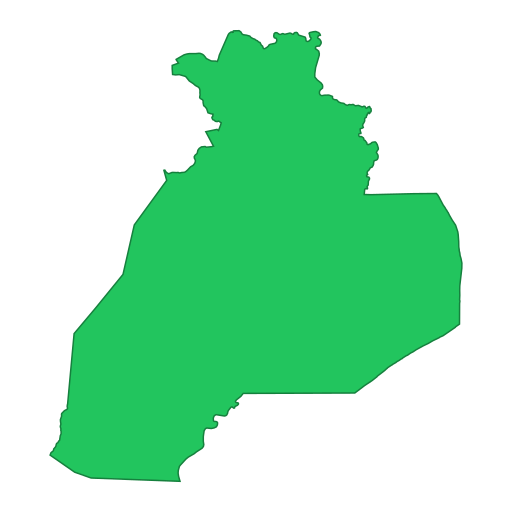 Manhiça, Maputo, Mozambique (orthographic projection)
{"feature_id": "85939544B91620585279817", "entity_name": "Manhiça", "entity_type": "district", "adm_level": 2, "iso_a3": "MOZ", "parent_name": "Mozambique", "parent_adm1": "Maputo", "projection": "orthographic", "projection_center": [32.812, -25.289], "detail": "fine", "context": "isolated", "style": "filled", "palette": "green", "viewbox_px": 512, "rotation_deg": 0, "n_neighbors": 0, "source": "geoboundaries", "source_scale": "gbopen_adm2", "svg_char_len": 5918}
<svg xmlns="http://www.w3.org/2000/svg" viewBox="0 0 512 512"><path d="M320.4,35.2L319.7,33.7L318.6,32.6L315.8,31.5L313.5,31.7L310.0,32.5L309.4,32.8L309.1,33.4L309.7,35.2L310.0,37.0L311.0,37.9L310.9,39.0L310.0,40.1L308.6,41.3L307.3,41.5L306.2,41.0L306.0,40.5L305.7,38.2L305.1,37.1L298.7,35.1L297.3,32.8L296.4,32.4L294.8,32.6L293.9,33.3L293.5,34.2L292.8,34.3L290.7,33.2L289.7,33.1L284.8,34.3L282.9,33.6L282.2,33.7L280.7,34.4L279.8,34.4L279.1,34.2L276.9,32.7L275.2,32.7L274.1,33.7L273.7,36.0L274.2,37.6L274.6,37.9L276.1,38.3L276.7,39.5L276.8,40.4L276.4,41.8L275.9,42.6L275.0,43.3L270.0,44.4L268.9,45.1L268.4,46.1L267.0,47.3L264.9,48.6L264.2,48.7L263.6,48.5L263.2,48.0L262.6,46.2L261.3,45.1L260.0,42.5L258.5,41.9L257.4,40.8L255.7,40.0L254.8,39.2L253.0,38.6L250.9,37.4L249.8,36.1L246.6,35.2L243.2,34.7L241.9,33.8L240.9,32.0L239.1,30.7L233.7,30.8L233.1,31.2L232.8,31.6L233.0,32.3L232.3,32.4L231.4,31.9L231.0,32.0L229.1,33.4L228.3,34.5L219.3,55.1L218.5,58.4L217.3,61.5L215.8,61.1L211.5,61.0L210.0,60.4L206.3,58.5L205.4,57.2L203.7,55.2L202.5,54.3L200.3,53.4L198.9,53.3L195.7,53.6L189.4,53.6L186.9,54.0L184.1,54.8L176.1,59.4L176.1,59.6L178.5,63.1L172.2,65.4L172.2,68.7L172.6,74.5L175.6,74.9L179.3,74.6L185.4,76.4L186.1,77.0L189.3,81.0L193.1,83.5L195.4,85.5L198.2,87.0L199.1,87.8L199.7,89.1L200.0,90.6L199.9,92.8L200.1,95.0L199.8,96.2L199.7,97.6L200.3,98.5L202.4,99.7L203.1,100.7L203.1,102.7L203.7,105.7L204.9,106.5L205.7,107.7L206.5,108.3L208.0,112.8L210.7,113.7L213.0,114.2L212.7,116.6L211.9,117.2L212.0,118.0L212.6,119.3L213.0,119.8L214.0,120.1L215.4,121.3L217.1,121.6L218.7,121.1L221.0,122.7L221.2,122.8L220.5,125.3L218.5,130.5L217.0,129.4L205.8,131.7L213.5,146.2L211.4,146.7L206.3,147.2L205.1,146.5L201.4,146.9L199.2,148.4L197.9,150.2L197.1,153.5L195.1,155.2L194.2,156.8L194.4,158.3L195.0,159.3L195.4,160.6L195.2,162.1L194.6,163.5L193.2,165.3L190.6,166.8L187.5,170.1L185.9,171.5L184.5,172.3L181.6,172.5L180.1,172.9L179.2,172.9L178.0,172.4L177.0,172.6L172.7,172.4L171.9,172.5L169.4,173.5L168.5,173.7L166.8,172.7L165.9,171.8L164.8,170.1L163.9,170.3L166.7,180.4L134.3,224.9L123.0,274.4L95.8,307.8L74.1,333.6L67.6,404.2L67.4,404.6L67.2,406.1L67.2,406.9L67.5,407.8L67.5,408.5L67.3,408.9L66.7,409.5L64.4,410.7L61.8,413.4L61.5,414.1L61.6,416.2L60.4,419.7L60.5,421.5L60.9,424.1L60.4,425.8L60.3,426.8L60.9,428.7L60.8,430.5L61.1,431.3L61.1,433.8L60.3,435.7L59.6,440.3L58.6,441.2L57.9,442.7L56.7,443.4L56.3,444.2L56.0,445.7L55.5,446.9L53.7,449.0L53.5,450.4L53.2,450.9L51.0,452.7L50.1,455.1L74.7,472.2L91.1,478.0L180.0,481.3L178.6,476.4L178.1,473.1L178.3,470.4L179.4,466.4L180.2,465.3L185.9,459.1L188.3,457.1L194.2,453.7L196.4,451.9L202.0,448.3L202.8,447.3L203.4,446.5L203.8,444.6L203.3,441.3L203.3,436.7L203.5,435.1L204.1,430.9L205.0,429.3L205.5,428.6L206.8,428.0L211.3,428.5L214.2,427.9L216.4,426.8L217.4,424.9L217.6,422.9L217.1,422.0L216.0,421.5L214.3,421.4L213.7,421.1L213.4,420.4L213.3,418.0L214.1,416.0L215.6,414.8L216.4,414.7L224.4,416.0L225.7,415.7L226.7,415.0L227.6,413.2L227.8,411.7L228.5,410.3L230.7,407.5L231.4,407.0L232.3,407.0L233.6,408.1L234.5,408.0L234.8,406.9L235.2,406.4L237.4,405.3L238.1,404.6L238.5,403.9L238.3,403.1L237.7,402.8L236.4,402.6L235.8,402.3L235.5,401.7L235.5,401.1L236.4,399.9L240.9,396.3L243.2,393.4L354.8,393.0L364.7,385.5L372.2,380.5L377.0,376.7L377.4,376.1L384.7,370.5L386.7,368.6L387.1,368.4L387.5,367.8L391.4,365.2L392.0,365.0L392.4,364.5L396.1,362.4L396.3,362.0L399.0,360.5L401.3,358.9L402.0,358.7L402.4,358.2L405.9,355.9L407.7,355.1L410.5,353.1L413.1,351.8L416.2,349.7L423.1,345.9L428.5,343.3L432.9,340.7L439.3,337.6L439.7,337.2L443.1,335.7L455.3,327.3L455.6,326.8L459.5,324.1L459.6,303.5L459.9,301.0L459.6,299.9L459.8,295.2L459.7,290.1L459.8,285.8L461.8,268.3L461.9,263.1L461.0,258.5L460.1,255.5L459.8,253.0L459.2,250.5L459.2,249.6L458.8,247.0L458.7,241.6L458.2,234.6L457.8,231.9L455.6,225.2L452.2,220.1L449.4,215.2L448.1,212.5L447.7,212.1L446.6,210.1L446.1,209.6L445.0,207.6L443.1,204.9L438.8,196.7L437.6,194.8L436.4,193.5L413.5,193.7L371.1,194.7L364.2,194.5L364.7,189.4L365.5,188.7L367.2,188.9L367.5,188.6L367.5,187.9L367.1,187.2L367.2,186.3L368.2,185.0L368.4,181.2L369.5,179.0L369.5,178.1L368.8,177.1L367.0,176.8L366.7,176.5L366.6,175.2L367.4,174.8L367.7,174.5L367.1,173.2L367.2,172.1L367.7,171.2L369.2,169.8L370.1,168.1L370.8,167.6L372.1,167.1L373.1,165.5L373.6,164.1L373.6,162.7L374.0,161.2L374.3,160.7L376.5,160.0L377.3,159.4L377.8,158.5L378.1,157.1L378.1,155.9L377.8,154.8L376.4,152.5L376.8,151.5L378.3,149.2L378.3,148.1L377.3,144.7L376.2,142.8L375.4,142.0L375.0,141.9L372.8,142.2L371.9,142.5L371.2,143.2L370.0,144.0L369.1,144.2L368.6,144.6L367.3,144.5L367.0,144.0L366.8,142.8L365.0,140.4L364.3,140.2L363.9,139.7L363.7,138.4L363.4,137.9L361.6,136.6L360.7,136.5L359.8,136.7L359.0,136.1L358.7,135.2L358.8,134.2L359.1,133.8L359.7,133.5L360.8,133.5L361.0,133.1L360.3,131.0L360.1,129.3L360.3,128.7L362.1,128.2L363.3,127.5L362.7,125.7L362.8,124.9L363.0,124.0L363.9,122.7L364.7,120.9L364.7,118.7L365.0,118.1L366.3,117.3L366.6,115.4L367.1,115.1L367.1,114.3L367.7,113.9L368.1,112.8L368.7,112.5L369.3,113.5L369.8,113.2L370.2,112.1L370.9,111.8L371.2,110.8L371.0,108.7L370.0,107.7L369.7,106.7L369.4,106.5L367.9,107.1L366.7,108.3L366.1,108.2L364.9,106.4L364.0,106.2L362.2,106.9L358.4,105.4L355.3,105.8L353.3,104.5L352.3,104.5L351.2,104.8L349.3,104.5L347.1,105.4L344.9,104.3L343.9,103.4L340.8,102.9L338.4,101.8L337.3,100.4L336.6,99.9L334.5,99.6L333.4,99.2L332.7,98.5L332.4,97.7L332.6,97.0L332.4,96.4L330.1,95.5L328.9,95.1L327.6,95.1L324.2,95.2L322.3,95.6L321.6,95.6L320.9,95.4L319.9,94.5L319.4,93.2L319.5,91.5L320.3,90.0L322.5,88.1L322.7,86.3L322.4,84.8L321.1,83.0L317.2,79.9L314.8,77.0L314.8,73.7L315.6,67.6L319.2,55.4L319.3,53.7L318.7,51.2L316.3,49.2L315.6,49.0L315.4,48.7L315.5,47.5L315.8,46.8L316.7,46.3L319.5,46.0L321.0,43.7L321.2,42.1L320.6,40.6L319.6,39.2L318.1,38.3L317.7,37.8L317.7,37.1L318.3,36.2L318.4,35.6L320.2,35.4L320.4,35.2Z" fill="#22c55e" stroke="#15803d" stroke-width="1.5"/></svg>